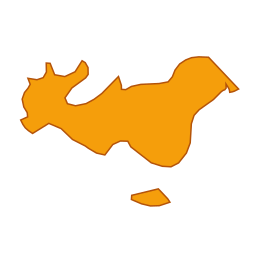 the border of Mayotte, rotated 94°
{"feature_id": "FRA-4602", "entity_name": "Mayotte", "entity_type": "Overseas department", "adm_level": 1, "iso_a3": "FRA", "parent_name": "France", "parent_adm1": "", "projection": "orthographic", "projection_center": [45.141, -12.818], "detail": "fine", "context": "isolated", "style": "filled", "palette": "amber", "viewbox_px": 256, "rotation_deg": 94, "n_neighbors": 0, "source": "natural_earth", "source_scale": "10m", "svg_char_len": 1171}
<svg xmlns="http://www.w3.org/2000/svg" viewBox="0 0 256 256"><g transform="rotate(94 128 128)"><path d="M148.9,68.0L159.3,75.1L163.7,82.4L163.8,91.1L161.1,102.4L146.6,123.9L141.2,127.3L141.5,134.7L145.5,142.0L156.5,149.2L155.2,157.7L151.1,165.9L148.9,169.4L143.3,182.6L133.3,194.6L128.9,207.3L140.1,222.8L137.6,227.1L135.0,230.5L131.9,233.0L127.5,235.6L123.9,228.9L119.7,229.6L114.3,233.4L106.6,235.6L99.8,233.7L95.3,230.5L91.2,228.6L85.4,231.3L86.2,222.2L83.7,216.1L77.9,213.3L68.9,214.1L68.9,210.2L80.0,204.9L81.1,194.6L75.6,184.7L64.1,178.5L65.8,175.2L70.5,172.1L77.3,171.5L81.0,173.8L92.0,186.8L102.3,193.0L108.0,190.1L109.5,181.9L106.6,171.5L101.7,163.8L95.3,156.4L77.3,141.1L85.9,137.6L89.9,137.2L89.9,132.9L86.3,127.5L83.6,118.3L81.5,100.1L79.2,91.2L73.8,87.3L66.9,85.1L60.5,80.9L56.1,75.2L53.4,69.5L52.1,62.4L51.8,52.6L81.4,20.4L83.8,24.4L84.6,26.3L85.3,29.0L82.7,29.6L81.1,30.5L77.3,33.3L81.3,32.9L83.1,34.1L84.0,36.0L85.4,37.6L93.6,44.7L104.8,58.3L110.8,63.0L119.4,65.1L138.5,64.9L148.9,68.0ZM186.6,93.5L195.8,83.5L199.1,81.0L203.3,91.3L204.2,100.2L202.7,109.2L199.1,119.6L194.9,119.6L186.6,93.5Z" fill="#f59e0b" stroke="#b45309" stroke-width="1.5"/></g></svg>